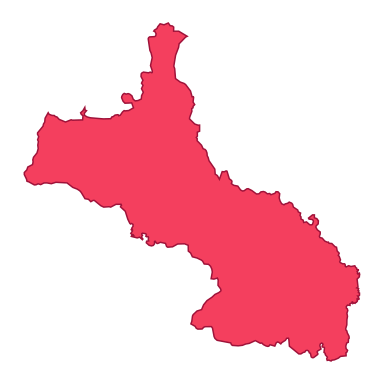 outline of Ambatolampy, Vakinankaratra, Madagascar
{"feature_id": "10022922B90393204210047", "entity_name": "Ambatolampy", "entity_type": "district", "adm_level": 2, "iso_a3": "MDG", "parent_name": "Madagascar", "parent_adm1": "Vakinankaratra", "projection": "orthographic", "projection_center": [47.599, -19.422], "detail": "fine", "context": "isolated", "style": "filled", "palette": "rose", "viewbox_px": 384, "rotation_deg": 0, "n_neighbors": 0, "source": "geoboundaries", "source_scale": "gbopen_adm2", "svg_char_len": 6005}
<svg xmlns="http://www.w3.org/2000/svg" viewBox="0 0 384 384"><path d="M187.2,36.3L178.7,31.2L173.6,31.2L173.7,27.1L172.4,26.0L170.1,25.6L168.3,23.0L164.0,24.8L160.1,23.8L157.7,26.8L156.9,28.6L154.4,30.1L153.8,31.1L154.8,31.4L156.1,33.8L155.7,35.9L154.7,36.6L149.6,36.9L148.6,37.7L148.2,38.8L149.9,50.4L151.1,53.0L152.2,57.7L150.5,65.6L152.3,70.9L152.2,72.5L151.7,72.7L150.2,72.1L148.5,72.8L143.4,72.1L141.7,73.1L141.2,73.9L141.0,76.5L142.9,80.2L141.5,83.2L143.0,85.3L141.5,88.7L143.3,92.2L141.6,95.6L141.3,99.0L138.1,100.5L135.2,100.9L133.2,99.2L131.9,95.8L129.7,94.1L128.1,93.6L126.1,94.1L124.2,93.4L122.8,94.5L121.8,96.4L121.6,97.7L123.1,101.3L124.9,103.2L131.7,102.9L133.5,107.8L128.8,110.5L125.1,110.9L124.1,110.6L122.5,112.0L120.2,115.3L118.7,115.7L118.5,115.0L117.7,114.7L115.0,115.1L113.2,116.6L112.0,116.8L110.7,118.7L103.4,118.9L90.4,117.8L87.3,117.0L84.5,115.4L84.4,113.1L86.5,110.7L85.1,110.1L84.8,107.4L82.9,110.7L80.6,112.8L81.2,114.2L83.0,115.9L82.6,119.9L72.6,120.2L71.1,119.8L65.5,122.0L59.2,119.4L57.0,117.0L55.3,116.5L54.3,115.5L52.0,115.4L49.1,114.3L48.2,112.7L45.1,118.2L44.7,122.1L43.5,124.0L43.0,126.2L37.6,132.8L37.5,134.2L38.7,136.7L37.6,139.8L38.4,141.5L37.8,145.1L38.2,148.6L37.0,152.9L33.5,157.3L32.8,159.9L33.1,161.9L32.5,164.6L27.8,167.0L26.8,169.9L24.3,172.5L24.3,174.6L26.5,179.1L27.0,181.3L28.7,181.8L34.3,184.9L36.0,184.8L38.1,183.8L40.7,184.6L43.9,183.0L46.9,182.9L51.3,183.7L55.9,182.3L67.0,182.9L72.8,187.4L77.2,189.1L79.7,190.7L81.2,192.4L85.0,198.7L88.5,199.3L90.8,201.7L93.1,200.4L94.3,200.4L100.8,205.7L103.7,207.1L109.1,206.7L110.7,207.1L116.0,204.3L121.1,204.3L121.5,205.3L120.6,206.2L120.5,206.9L125.3,211.3L127.8,219.2L129.8,223.3L130.5,224.0L131.6,223.5L133.0,224.4L133.0,226.3L131.7,228.3L132.3,229.2L131.3,229.8L132.5,230.9L130.8,233.4L131.5,234.2L133.2,234.7L133.9,235.8L133.3,236.3L131.6,235.8L131.3,236.4L137.2,237.9L139.7,237.2L142.4,239.7L142.9,239.0L141.7,237.4L141.8,236.3L142.5,235.4L141.8,234.5L141.8,233.6L142.4,233.2L145.7,233.7L146.4,235.0L145.8,236.2L146.7,236.8L148.1,236.7L148.5,237.4L148.3,239.5L148.7,240.9L146.6,241.2L146.3,242.8L149.1,245.3L151.5,245.9L153.3,245.4L154.6,243.7L154.5,241.6L155.0,241.2L156.9,243.4L157.7,243.5L160.4,242.3L165.5,243.4L166.6,246.5L167.7,247.2L172.6,246.8L177.6,244.0L184.5,243.8L188.2,245.3L188.3,251.1L190.6,253.0L192.4,256.8L197.0,258.0L201.4,260.1L202.6,261.1L204.2,264.0L208.5,264.3L210.5,266.2L211.8,269.0L212.3,272.1L211.1,278.7L213.9,279.1L217.4,278.1L218.2,280.0L218.0,285.3L220.5,288.7L221.0,290.2L220.7,291.1L218.8,292.6L215.0,294.4L212.0,297.2L207.0,300.6L203.6,304.8L201.6,309.6L197.0,311.0L193.2,314.6L192.5,316.0L191.8,321.3L190.9,323.9L195.1,326.3L196.3,328.3L197.8,329.1L202.1,329.0L203.7,327.3L204.9,326.7L211.4,326.6L212.5,328.1L214.1,336.6L215.0,338.5L217.1,340.3L230.7,342.9L231.4,344.6L232.4,345.4L238.2,345.8L242.5,345.3L245.7,344.0L249.2,343.4L255.3,340.6L260.2,343.2L261.8,343.0L263.4,344.6L266.1,346.0L267.9,346.4L268.9,346.1L270.0,344.7L274.8,346.1L276.2,342.9L277.4,342.0L278.7,342.3L280.8,343.9L281.8,342.6L285.4,340.3L286.7,338.3L288.0,338.2L288.5,338.2L288.9,340.0L289.4,346.2L298.8,353.9L300.9,353.9L303.3,352.4L304.8,352.1L305.8,350.6L307.2,350.3L308.5,350.9L309.4,352.9L310.4,353.3L311.2,356.9L312.3,357.7L313.6,357.6L317.7,354.5L317.9,353.8L317.1,352.0L317.5,351.1L321.0,349.0L319.8,345.7L320.2,344.1L321.5,343.1L322.5,343.4L323.0,344.4L322.1,346.3L322.4,347.0L324.1,347.3L324.5,347.8L324.0,352.4L325.2,353.4L325.3,354.7L327.4,357.2L326.7,358.8L327.2,360.4L328.6,360.1L331.1,361.0L331.9,360.2L334.5,359.8L338.4,358.1L340.5,356.4L346.1,355.8L346.0,352.7L346.9,352.1L347.6,350.3L346.1,348.7L345.8,346.1L346.7,343.0L348.3,342.3L348.5,339.0L349.2,338.2L349.0,336.2L347.2,332.7L346.9,331.0L345.9,329.9L345.7,328.6L346.8,324.9L346.9,319.8L347.5,316.3L346.9,313.2L347.8,310.6L347.3,308.8L346.4,308.2L346.3,306.5L347.5,305.1L350.0,305.4L349.8,303.9L351.5,303.1L352.2,301.9L352.8,302.2L352.9,303.5L353.9,303.0L355.1,303.3L355.4,302.5L356.3,302.4L357.3,301.2L357.1,299.1L358.5,299.5L359.1,299.0L359.0,298.3L358.1,298.0L358.5,297.0L357.7,296.0L358.8,295.9L359.5,295.2L359.5,293.0L358.4,292.5L358.9,290.9L358.0,290.5L358.6,288.6L356.8,287.9L358.0,287.0L357.1,279.1L359.4,276.8L359.2,275.8L359.7,274.9L359.4,273.2L358.0,274.1L357.4,273.5L357.7,272.5L357.1,271.5L358.3,270.5L358.3,269.7L356.8,269.5L356.7,268.2L355.7,267.5L354.8,265.8L350.9,266.5L348.7,265.7L346.1,266.9L345.3,266.3L345.2,264.8L344.6,263.8L342.6,263.8L340.3,262.6L339.7,261.8L340.5,259.9L339.2,256.3L338.3,255.5L339.2,253.2L337.2,251.0L336.5,247.2L335.0,246.7L331.8,243.5L329.0,243.3L328.4,242.1L327.2,242.2L324.7,241.0L322.2,238.1L319.8,237.5L319.4,236.2L320.2,234.0L320.2,232.0L317.3,229.8L315.8,227.1L316.2,225.8L318.2,223.9L318.4,220.8L316.8,218.6L314.4,217.8L314.4,214.9L312.5,214.9L308.5,218.1L309.0,219.1L312.1,219.5L313.1,220.3L313.4,221.6L312.4,224.5L311.1,224.9L309.7,224.7L306.5,221.9L303.7,222.5L303.1,220.1L301.0,219.0L301.0,216.9L300.0,215.5L300.6,213.1L298.3,211.9L297.7,210.0L293.4,207.1L292.6,204.3L291.6,203.1L289.2,202.1L287.6,203.3L285.2,203.9L284.0,204.8L281.6,203.7L280.0,200.8L279.2,197.9L279.7,193.7L278.0,191.8L276.0,191.7L274.9,193.3L270.9,194.7L269.7,193.5L267.3,193.8L265.2,192.1L263.4,191.5L260.9,191.9L259.0,193.8L256.5,194.0L251.8,190.5L248.2,188.7L246.9,188.8L244.0,190.8L242.5,191.0L240.6,190.0L237.8,186.1L233.7,185.3L231.4,183.6L232.0,181.8L231.6,180.5L229.3,178.8L227.0,171.2L226.1,170.9L224.2,171.8L222.2,171.6L219.4,179.3L217.4,175.6L215.2,174.1L214.8,169.1L209.0,160.7L208.2,157.6L207.2,155.7L207.0,153.0L206.1,150.6L205.1,149.5L203.1,148.7L201.5,145.2L197.1,140.7L197.2,138.7L196.3,137.5L197.4,136.1L197.3,132.2L199.6,131.2L199.6,125.1L198.1,125.2L194.7,124.0L189.5,118.9L189.7,117.2L191.9,111.3L191.7,108.6L193.0,107.8L193.1,106.3L194.7,104.6L193.1,102.1L193.6,97.3L193.3,96.7L192.1,96.8L190.5,91.0L185.6,84.5L184.0,83.4L180.3,82.1L175.5,78.6L174.7,68.7L173.8,66.2L175.6,55.2L178.6,47.3L179.1,43.8L185.6,37.1L187.2,36.3Z" fill="#f43f5e" stroke="#9f1239" stroke-width="1.5"/></svg>